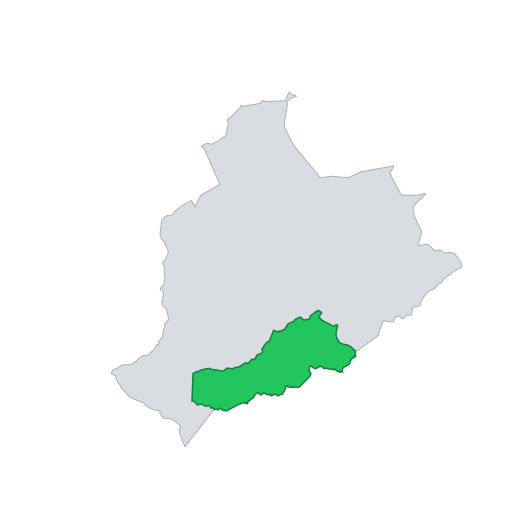 location of La Paz within Bolivia, rotated 244°
{"feature_id": "BOL-1936", "entity_name": "La Paz", "entity_type": "Department", "adm_level": 1, "iso_a3": "BOL", "parent_name": "Bolivia", "parent_adm1": "", "projection": "natural_earth1", "projection_center": [-68.162, -14.972], "detail": "fine", "context": "in_parent", "style": "filled", "palette": "green", "viewbox_px": 512, "rotation_deg": 244, "n_neighbors": 0, "source": "natural_earth", "source_scale": "10m", "svg_char_len": 9722}
<svg xmlns="http://www.w3.org/2000/svg" viewBox="0 0 512 512"><g transform="rotate(244 256 256)"><path d="M118.0,292.1L117.3,285.7L116.4,284.2L114.9,283.1L114.4,281.9L114.9,280.5L117.8,277.9L119.3,277.4L119.7,276.1L124.8,268.6L126.4,267.1L128.2,266.0L129.0,265.2L128.6,262.4L128.7,260.6L129.4,259.4L132.8,257.3L133.2,256.8L133.0,256.1L131.5,254.7L128.4,253.5L126.4,253.6L124.4,251.6L120.3,240.3L119.6,237.6L119.7,236.6L122.4,231.0L125.4,226.5L125.1,225.4L121.7,221.1L120.7,219.0L121.0,214.4L123.0,213.0L123.9,208.9L124.8,208.2L126.6,205.4L129.1,202.9L129.3,199.8L130.1,198.9L132.3,198.0L132.5,197.2L132.0,195.1L130.9,192.9L130.0,191.8L128.9,186.4L127.7,183.8L129.0,181.3L129.8,178.6L130.1,175.5L129.9,161.7L132.5,158.3L133.8,157.6L135.1,156.4L135.0,154.2L136.8,151.3L115.7,108.7L124.0,108.8L132.9,110.4L134.5,111.3L134.8,112.7L135.8,113.4L138.3,113.0L145.6,109.4L146.7,108.2L149.2,104.1L151.2,101.9L153.1,101.1L156.8,100.8L158.0,101.4L159.5,101.3L160.8,99.0L162.8,96.5L166.7,93.3L168.7,92.4L169.9,91.3L172.0,91.1L173.9,90.0L182.9,81.9L186.6,79.8L190.7,79.0L193.9,77.8L201.9,76.7L207.1,76.2L208.7,77.3L210.6,77.0L212.1,75.2L213.4,74.6L214.4,74.7L215.8,76.8L216.4,79.1L216.0,80.8L216.1,83.3L216.7,86.6L216.3,89.5L213.4,94.9L213.1,96.5L213.3,98.7L214.2,102.2L215.8,107.1L216.0,110.7L214.9,113.1L214.4,115.1L214.4,116.8L214.8,118.0L215.6,118.7L216.0,120.1L216.0,122.1L217.0,124.1L218.8,126.0L219.5,127.8L219.1,129.6L219.2,130.6L219.7,131.1L220.9,130.2L221.5,130.4L222.7,132.8L223.6,135.3L223.8,136.8L227.6,138.3L232.7,143.1L235.0,144.4L237.2,149.6L241.1,150.8L248.5,152.1L252.1,150.4L254.4,150.7L256.8,151.8L262.4,156.2L264.7,157.0L266.3,155.8L267.8,155.4L269.0,155.9L270.2,159.7L274.4,163.7L276.0,164.9L277.9,164.8L285.7,168.6L287.8,168.9L289.9,168.7L291.2,169.4L291.8,171.6L295.3,176.2L296.9,177.9L298.9,179.4L303.9,179.4L305.4,179.9L315.6,178.5L319.5,180.4L329.0,186.7L330.9,190.8L331.3,193.0L330.8,195.2L329.9,196.1L329.6,197.6L330.0,199.7L331.4,201.6L332.8,208.2L333.7,209.5L334.1,222.4L326.9,222.7L328.1,223.9L334.8,233.2L336.1,254.9L374.4,256.5L375.4,256.5L378.2,255.3L378.9,255.3L378.8,261.0L375.9,265.4L375.7,266.8L376.0,272.6L377.0,277.2L377.4,281.5L378.5,282.8L381.8,285.0L386.8,289.1L388.8,289.7L390.5,289.1L391.5,290.8L391.6,293.5L396.0,305.9L396.7,307.6L398.0,308.5L397.8,309.1L396.7,309.3L396.2,310.2L391.0,327.7L392.3,327.8L392.5,331.3L391.0,331.6L390.6,332.3L382.6,350.6L388.7,357.1L388.1,358.2L385.0,359.2L383.3,361.8L381.7,362.2L382.2,357.6L381.8,353.6L381.4,352.6L360.4,338.0L339.1,338.3L303.9,346.8L298.2,347.9L294.4,359.2L285.9,373.1L285.7,387.0L276.7,419.2L274.6,417.2L273.0,414.1L272.5,412.7L272.3,412.7L253.1,412.9L252.1,413.5L250.7,413.5L249.7,412.9L248.8,413.0L247.3,413.6L246.1,414.8L239.2,429.4L238.3,434.7L237.8,435.6L236.7,433.8L233.3,423.0L231.5,419.1L229.3,417.9L222.5,415.8L210.3,415.4L206.5,415.8L204.5,415.5L202.4,413.3L197.9,409.4L196.9,408.2L195.2,407.4L194.1,407.3L193.5,408.1L191.7,414.2L190.7,415.9L184.4,418.4L182.7,418.7L181.8,420.2L181.4,422.2L180.6,424.1L176.2,426.8L175.2,428.0L174.7,430.7L171.5,435.4L162.6,437.4L159.6,437.3L157.6,437.0L155.7,435.5L155.4,432.9L155.8,430.2L155.6,426.4L154.0,422.0L154.1,420.6L153.9,418.4L153.1,414.3L151.1,412.3L150.3,406.0L148.6,402.3L148.3,393.5L142.8,383.8L140.5,383.1L139.9,382.5L139.7,381.1L139.8,377.5L141.6,375.0L135.6,370.3L135.2,369.1L135.2,368.1L136.9,366.2L135.8,363.8L135.9,361.7L135.2,360.8L135.3,360.1L136.0,359.6L138.9,358.9L139.8,356.7L139.9,354.9L139.4,353.7L136.7,350.5L136.6,349.9L142.1,342.0L141.9,341.4L141.4,340.6L138.4,338.3L135.2,334.5L132.9,332.7L131.2,330.8L130.3,329.2L130.1,324.9L129.0,320.6L127.4,310.3L126.2,306.5L127.4,304.5L127.4,303.9L122.2,301.0L121.2,296.3L118.0,292.1Z" fill="#d9dde1" stroke="#a8b0b8" stroke-width="1"/><path d="M122.8,301.9L122.5,301.9L122.1,301.2L121.9,300.2L121.9,298.2L121.7,297.2L121.2,295.9L120.3,294.9L118.4,293.0L117.9,292.1L117.7,291.1L117.6,289.0L117.7,287.0L117.6,286.0L117.3,285.2L117.0,284.7L116.5,284.1L115.6,283.3L115.2,283.1L114.0,282.9L114.4,282.2L114.7,280.7L115.0,280.1L115.6,280.0L116.9,278.6L117.6,278.1L118.2,277.8L118.9,277.7L119.5,277.4L120.0,276.7L120.1,276.3L120.0,276.1L119.9,276.0L119.8,275.9L119.9,275.6L120.0,275.4L121.0,274.8L121.3,274.4L121.9,272.9L124.3,270.0L124.6,269.4L125.0,267.9L125.2,267.5L125.6,267.3L126.5,267.2L126.9,267.1L128.3,266.3L128.6,265.9L129.3,264.9L128.7,263.9L128.6,263.5L128.6,262.6L128.6,261.0L128.6,260.5L128.9,260.0L129.5,259.1L130.2,258.7L132.9,257.5L133.4,256.5L133.2,255.8L132.6,255.4L131.4,254.8L130.4,253.6L129.9,253.3L129.3,253.5L128.5,253.2L128.2,253.2L128.0,253.3L127.5,253.7L127.3,253.9L126.7,253.9L126.1,253.6L125.6,253.3L125.2,252.9L124.4,251.7L119.5,238.0L119.4,237.2L119.6,236.4L121.1,233.8L121.2,233.2L121.3,232.7L121.4,232.1L121.7,231.7L122.0,231.5L122.6,231.3L122.8,231.1L122.8,230.9L122.5,230.1L122.6,229.6L123.0,229.1L123.5,228.6L124.3,228.3L124.6,227.2L125.0,227.2L125.6,227.2L125.9,226.9L126.0,226.4L125.4,225.8L124.9,224.8L124.5,224.4L123.1,223.2L122.7,222.8L121.3,220.4L120.4,219.5L120.3,219.0L120.4,218.5L120.8,217.5L120.8,217.2L120.7,215.0L120.8,214.5L121.0,214.2L121.5,213.8L122.8,213.4L123.2,213.1L123.5,212.3L123.6,208.8L123.9,208.3L124.4,208.2L124.9,208.3L125.5,208.4L125.6,208.1L125.5,206.8L125.6,206.3L125.7,206.2L126.1,206.1L126.3,206.0L127.2,204.8L127.7,204.4L129.2,203.4L129.7,202.9L129.6,202.4L129.3,201.8L129.1,201.3L129.0,200.3L129.1,199.7L129.2,199.2L129.8,198.8L130.6,198.5L132.2,198.3L132.6,197.7L132.5,196.8L131.9,194.9L131.8,194.0L131.7,193.6L131.4,193.2L130.1,192.2L129.8,191.7L129.7,190.8L129.7,189.8L129.6,188.9L129.2,188.2L128.9,187.2L128.9,186.8L128.9,186.3L129.1,186.0L129.1,185.7L128.8,185.3L127.5,184.1L127.0,183.3L127.4,182.7L127.7,182.7L128.4,182.8L128.7,182.8L128.9,182.4L128.9,182.1L128.8,181.8L128.9,181.4L129.1,181.1L129.6,180.5L129.8,180.1L130.0,179.5L130.1,178.8L130.0,178.2L130.3,172.8L130.0,170.6L129.9,169.5L130.1,166.3L129.7,163.2L129.7,162.0L129.9,161.4L130.6,160.7L130.8,160.0L131.1,159.5L131.7,159.6L131.9,158.8L132.3,158.3L132.8,157.9L134.7,157.3L134.9,157.0L135.5,155.8L135.2,155.5L134.5,155.3L134.2,155.0L134.3,154.6L134.5,154.2L134.8,153.8L135.5,153.4L135.8,153.1L136.1,152.7L136.3,152.2L136.5,151.7L136.6,151.4L136.8,151.3L136.7,151.1L137.0,151.1L137.7,151.2L138.0,151.1L138.4,150.6L138.5,150.6L139.0,149.1L139.2,148.7L139.8,148.6L140.2,148.8L140.5,149.1L140.9,149.3L141.4,149.2L141.7,149.0L142.1,148.2L143.2,145.0L143.7,144.2L146.5,142.5L147.1,141.7L147.3,140.8L147.5,138.8L147.9,138.1L148.6,137.7L150.4,137.4L151.0,137.0L151.5,137.1L152.1,136.9L152.6,136.7L153.0,136.4L153.4,135.8L153.6,135.0L153.6,134.9L154.0,135.0L178.2,148.0L178.0,148.5L177.9,149.1L177.9,150.7L178.0,151.1L178.2,151.5L178.2,152.0L177.9,152.5L177.2,153.5L177.6,154.7L177.7,155.2L177.7,155.9L176.4,162.3L175.2,165.4L174.9,165.5L174.5,165.5L174.0,165.6L173.6,166.0L172.7,167.9L172.5,168.1L172.1,168.4L171.9,168.6L171.8,168.8L171.7,169.4L171.6,169.6L169.7,172.2L168.9,172.9L168.5,173.4L167.5,175.1L167.1,176.1L167.2,177.0L167.5,179.5L168.0,180.2L167.9,180.8L167.7,181.2L166.8,182.7L166.3,183.5L166.0,183.9L165.6,184.2L165.3,184.5L165.1,185.1L164.8,186.2L164.8,186.7L165.1,187.4L165.1,188.0L164.5,189.2L163.8,192.4L163.8,192.9L164.1,194.1L164.4,196.6L164.3,198.2L164.5,199.1L164.6,199.6L164.5,200.0L164.2,200.4L163.4,200.8L163.2,201.1L163.1,201.6L163.1,202.1L163.2,202.6L163.6,203.6L163.9,204.0L163.9,204.7L164.0,204.9L164.5,205.5L164.8,206.0L164.9,206.6L164.9,207.1L164.7,207.6L164.5,207.9L164.2,208.2L164.0,208.5L163.9,208.7L163.8,208.9L163.9,209.2L164.6,210.9L165.0,211.6L166.1,212.8L166.4,213.2L166.5,213.8L166.5,215.0L166.4,216.0L166.3,216.5L166.2,217.1L166.2,217.6L166.3,218.1L166.6,219.1L166.9,219.6L167.3,219.9L167.6,220.2L167.8,220.3L168.1,220.4L168.4,220.4L169.0,220.3L169.5,220.4L169.8,220.6L170.0,221.0L170.5,222.0L170.7,222.4L171.0,222.7L171.5,223.5L172.2,224.5L173.7,228.0L173.7,228.3L173.7,228.7L173.6,229.8L173.5,230.1L173.6,230.4L173.7,230.7L173.8,231.0L174.1,231.3L174.4,231.5L174.9,231.7L175.0,231.9L175.3,232.1L175.8,233.1L180.4,238.1L181.4,239.2L179.4,241.1L178.6,242.3L177.9,243.2L177.9,243.3L178.1,243.5L178.3,243.7L178.2,244.2L178.1,244.5L177.9,244.7L177.7,245.1L177.6,245.4L177.6,245.7L177.7,246.4L177.7,247.1L177.5,249.1L177.5,249.4L177.6,249.6L178.0,250.2L178.4,250.9L179.1,251.7L179.3,252.2L179.4,252.8L179.3,253.2L179.4,253.4L180.1,253.7L180.2,253.8L180.4,254.2L180.9,254.9L181.0,255.3L180.9,258.7L180.6,260.1L180.6,260.8L180.9,261.5L181.6,262.9L181.8,263.7L181.8,266.2L181.9,267.4L182.0,267.9L181.9,268.3L181.6,268.9L181.0,269.4L180.4,269.7L179.9,270.0L178.4,270.2L177.9,270.5L177.4,271.2L177.0,272.2L176.8,272.7L176.8,273.2L176.8,273.8L176.8,274.0L176.7,274.3L176.3,274.9L176.2,275.1L176.0,275.7L175.9,276.3L176.0,276.8L176.4,277.2L177.5,277.7L177.7,278.1L178.1,278.5L178.4,279.1L178.5,279.4L178.7,279.8L179.0,281.8L179.0,282.7L179.0,283.0L179.2,283.7L179.4,283.9L179.8,285.4L179.3,286.4L179.4,286.7L179.6,287.0L179.8,287.3L179.9,287.5L180.0,287.9L179.8,288.1L179.5,288.4L176.5,290.2L176.0,289.6L175.3,288.8L174.9,288.1L174.6,287.4L174.3,286.8L174.1,286.6L173.8,286.3L173.5,286.1L173.2,286.0L172.8,286.0L169.7,287.0L169.2,287.3L166.4,289.1L163.6,291.4L163.0,291.9L159.2,294.6L158.7,295.0L158.6,295.3L158.6,295.7L158.8,296.2L159.0,296.6L159.1,296.9L159.2,297.2L159.1,297.4L159.0,297.9L158.9,298.2L158.7,298.4L158.2,298.8L157.9,298.8L157.6,298.8L157.4,298.7L152.8,294.8L152.3,294.5L151.5,294.2L149.6,293.2L148.9,292.9L145.3,292.7L142.5,293.0L141.7,293.2L140.2,294.0L138.7,295.4L136.6,298.3L135.8,299.2L133.8,300.9L132.6,301.6L129.6,302.6L127.9,303.5L127.6,303.6L127.4,303.2L127.1,303.2L126.8,303.4L126.3,303.4L125.9,303.2L125.5,303.1L124.8,302.6L124.1,302.3L123.9,302.2L123.4,301.5L123.1,301.6L122.8,301.9Z" fill="#22c55e" stroke="#15803d" stroke-width="1.5"/></g></svg>